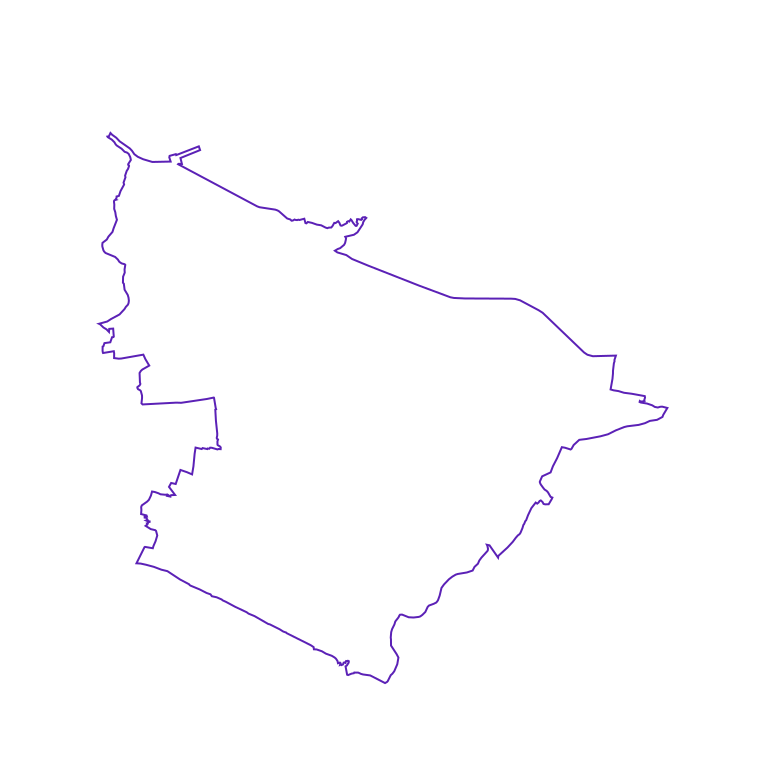 Livezile, Mehedinti, Romania, rotated 350°
{"feature_id": "2599482B92373301831218", "entity_name": "Livezile", "entity_type": "district", "adm_level": 2, "iso_a3": "ROU", "parent_name": "Romania", "parent_adm1": "Mehedinti", "projection": "mercator", "projection_center": [22.853, 44.538], "detail": "fine", "context": "isolated", "style": "outline", "palette": "violet", "viewbox_px": 768, "rotation_deg": 350, "n_neighbors": 0, "source": "geoboundaries", "source_scale": "gbopen_adm2", "svg_char_len": 6157}
<svg xmlns="http://www.w3.org/2000/svg" viewBox="0 0 768 768"><g transform="rotate(350 384 384)"><path d="M637.6,445.9L637.4,445.3L638.7,442.7L638.7,441.2L626.2,436.6L618.8,434.3L613.7,431.7L609.0,430.1L606.2,428.7L609.9,418.6L611.3,413.5L611.8,410.8L614.0,403.5L615.0,401.6L615.1,400.4L617.3,396.3L594.5,392.9L589.4,390.5L586.5,387.7L552.6,341.4L549.1,338.2L532.5,325.2L528.0,323.0L523.8,322.0L478.5,313.8L467.8,311.4L464.4,310.1L435.8,293.3L389.0,264.7L374.2,255.3L369.3,250.5L360.9,246.3L358.8,244.2L362.0,243.0L364.4,242.6L368.9,240.0L370.2,238.3L371.5,235.2L371.9,234.0L371.4,232.3L380.3,231.8L384.2,230.0L390.7,223.1L391.7,220.9L393.3,219.0L395.4,217.4L394.4,216.4L392.1,216.2L390.9,217.0L390.9,218.0L390.1,218.4L387.0,217.1L386.0,217.1L385.8,218.7L385.3,219.3L385.2,220.1L386.0,221.5L384.4,223.5L383.5,223.3L381.6,220.0L380.4,216.9L379.8,216.1L378.0,218.0L377.1,217.4L375.7,217.9L375.4,219.1L370.4,220.7L369.4,220.7L368.7,220.3L368.0,217.4L367.1,215.7L364.2,217.1L363.0,216.7L360.8,219.4L359.3,220.7L356.7,220.4L355.3,220.7L353.6,219.8L349.7,216.8L345.6,215.4L341.0,212.8L337.1,211.2L335.5,212.3L334.6,211.9L334.2,207.4L329.2,207.8L328.1,207.3L326.9,207.5L325.2,207.0L324.5,206.5L322.5,207.2L321.3,207.1L320.3,205.7L317.4,204.2L310.6,195.7L309.3,194.6L307.2,193.4L292.1,188.3L289.9,187.0L219.4,131.8L219.8,131.5L223.2,132.2L222.8,126.1L243.5,121.7L242.9,117.8L219.1,122.5L218.9,121.5L212.5,122.1L211.9,123.5L212.5,127.9L194.4,125.1L185.8,120.8L181.0,117.5L178.0,114.3L176.3,110.5L174.6,107.9L165.8,99.1L163.1,95.0L159.6,91.4L158.2,89.3L156.1,92.3L154.6,92.3L154.8,92.9L158.4,96.1L160.5,99.1L161.3,101.3L162.2,102.7L166.4,106.7L168.9,110.3L171.0,111.4L172.5,113.0L173.5,116.5L173.6,118.8L173.6,119.4L170.3,123.0L170.1,123.7L170.8,124.5L170.8,125.0L169.3,127.7L167.6,129.5L165.2,133.9L165.3,135.5L162.5,140.4L162.7,142.4L158.0,148.3L155.6,152.7L153.2,152.9L152.9,154.3L151.7,155.6L152.2,156.0L150.6,156.2L149.9,156.9L149.7,157.8L149.6,160.3L148.7,164.7L149.2,168.2L149.1,172.0L149.5,175.9L144.7,183.8L143.0,187.1L138.2,191.0L136.1,193.6L131.3,196.1L130.7,198.1L130.5,199.7L130.9,203.6L131.3,204.8L132.5,206.6L141.3,212.2L143.5,215.2L144.5,217.6L145.4,218.6L146.6,219.7L149.4,221.0L149.9,221.8L148.4,226.1L148.0,229.3L145.7,233.0L144.5,238.9L145.2,240.1L144.9,246.1L147.1,251.8L147.4,254.6L147.2,257.7L146.5,259.9L145.6,261.4L143.2,263.2L141.4,265.2L135.6,269.6L126.5,272.6L122.3,274.4L113.8,275.2L114.8,275.9L117.5,279.6L120.2,282.0L122.2,285.0L123.0,282.0L126.9,282.4L126.1,290.4L125.7,290.8L124.3,290.7L121.7,295.4L115.8,295.2L114.2,298.1L113.4,298.3L112.6,302.5L112.6,304.4L112.7,304.7L123.6,304.8L123.6,306.9L122.7,311.6L127.2,313.0L129.7,313.3L152.1,313.3L153.3,318.0L156.0,325.1L148.5,327.8L146.8,328.9L145.2,330.7L143.9,340.3L144.1,341.1L143.9,342.0L143.0,343.0L140.6,344.2L140.4,344.9L140.9,346.4L142.8,347.9L143.3,348.8L143.7,353.3L143.3,355.8L141.8,360.9L142.7,362.2L176.3,366.3L181.0,367.3L206.9,368.0L214.0,367.8L214.2,368.1L214.1,378.6L214.3,379.7L213.4,380.0L212.1,391.0L211.2,403.7L210.8,405.8L209.9,408.1L210.0,408.9L210.9,409.8L210.0,411.6L209.5,414.6L209.6,415.3L211.7,417.1L212.2,418.1L211.8,419.8L209.8,419.3L208.6,419.5L203.3,416.9L201.7,416.5L200.7,417.4L199.1,416.9L198.7,417.4L194.2,415.6L193.2,416.4L187.4,413.9L185.4,419.8L182.0,432.1L179.3,439.7L174.6,436.6L168.6,433.3L161.5,446.3L157.2,444.5L154.4,448.0L159.0,457.0L155.0,456.5L154.3,457.0L154.1,457.8L150.9,456.5L151.4,455.8L152.1,455.8L151.5,455.2L149.4,455.1L144.7,453.8L143.0,452.5L139.6,450.6L136.9,449.6L135.1,453.4L132.4,457.2L130.3,458.7L124.4,461.5L123.5,463.0L123.2,465.9L122.2,469.9L127.3,472.2L127.5,473.4L125.2,473.2L125.1,474.0L126.6,474.4L127.6,476.9L126.0,477.1L127.1,477.9L129.3,478.6L129.2,479.1L127.7,479.0L127.3,480.1L126.3,480.1L126.5,481.3L124.6,482.3L129.1,486.4L133.3,488.2L134.0,489.1L134.4,493.8L131.7,499.2L128.9,503.4L127.8,505.6L120.3,502.9L119.8,503.1L109.1,517.6L113.2,518.6L118.3,520.7L125.6,524.1L132.5,528.2L138.2,530.7L149.2,541.1L157.3,547.4L157.7,548.3L158.5,549.0L166.8,554.3L173.0,559.0L176.6,561.0L177.6,563.1L182.2,565.0L186.7,568.0L187.6,569.1L190.4,571.0L198.9,577.7L209.1,584.9L210.7,586.6L216.2,590.1L228.4,600.3L229.7,600.8L234.4,604.3L238.6,607.4L241.8,610.3L244.5,611.8L244.9,612.5L266.6,628.6L269.0,630.9L268.9,633.1L271.5,633.7L276.4,636.4L280.0,639.5L285.4,642.6L287.9,644.8L289.0,646.2L290.1,648.7L290.2,651.0L292.2,650.7L292.7,651.4L292.0,652.9L293.0,652.6L293.3,653.4L294.9,653.1L295.9,651.4L297.0,651.4L297.6,651.9L298.1,650.7L298.6,650.2L299.8,650.6L300.4,650.3L301.2,650.9L300.8,652.3L298.5,654.8L297.1,655.4L297.2,663.9L298.1,664.4L301.8,663.6L304.1,663.6L304.6,663.0L308.6,663.8L311.0,665.5L312.9,666.4L319.8,668.6L333.1,678.7L335.1,678.0L336.0,677.4L340.1,671.9L341.9,670.8L344.2,668.7L348.4,662.3L350.7,655.9L349.5,652.2L345.5,642.8L346.5,636.8L346.6,634.9L348.0,629.6L349.4,626.8L352.5,622.6L353.9,619.8L357.7,616.4L359.0,614.6L359.7,614.0L361.7,614.2L367.8,618.0L372.6,619.1L377.7,619.4L379.3,619.2L381.6,618.1L385.1,615.7L388.3,611.1L389.8,610.0L394.8,609.1L397.5,608.3L398.7,607.3L399.7,606.2L402.1,602.0L405.2,594.8L408.3,591.8L414.0,587.6L417.8,585.6L421.5,584.2L423.6,583.9L432.9,584.0L438.9,583.1L441.4,579.8L445.3,577.3L447.2,574.4L449.8,571.9L456.9,566.4L457.4,565.7L457.8,564.4L457.7,561.2L457.4,560.2L459.9,561.2L466.2,574.8L466.8,573.1L477.2,566.5L483.4,561.8L487.1,558.3L489.6,556.3L491.3,555.5L492.6,554.2L495.3,550.0L496.8,547.0L497.7,546.2L499.3,543.6L500.3,542.9L503.0,538.3L507.6,531.8L512.8,527.1L514.1,528.4L515.6,527.6L517.0,526.2L518.2,525.9L519.6,527.7L520.3,529.8L521.8,530.5L525.3,531.0L529.1,526.6L530.1,525.1L528.5,524.1L526.6,519.0L525.6,517.5L523.8,515.8L522.7,513.8L520.9,510.1L520.4,508.1L520.5,507.2L523.7,502.4L532.7,500.0L536.1,494.3L541.6,487.1L548.2,477.1L551.2,478.2L556.4,480.9L557.4,480.4L560.2,477.0L566.6,472.9L573.8,473.3L588.0,473.1L595.9,472.4L604.3,469.9L613.1,468.1L616.3,467.9L627.7,468.5L634.2,467.9L639.4,466.5L646.7,466.7L652.5,464.8L653.7,462.8L658.9,456.8L654.0,454.6L652.0,454.4L649.6,454.7L646.7,453.6L644.5,451.6L639.8,449.0L633.6,446.8L632.6,446.1L633.0,445.2L633.4,445.6L635.1,446.1L637.6,445.9Z" fill="none" stroke="#5b21b6" stroke-width="2"/></g></svg>